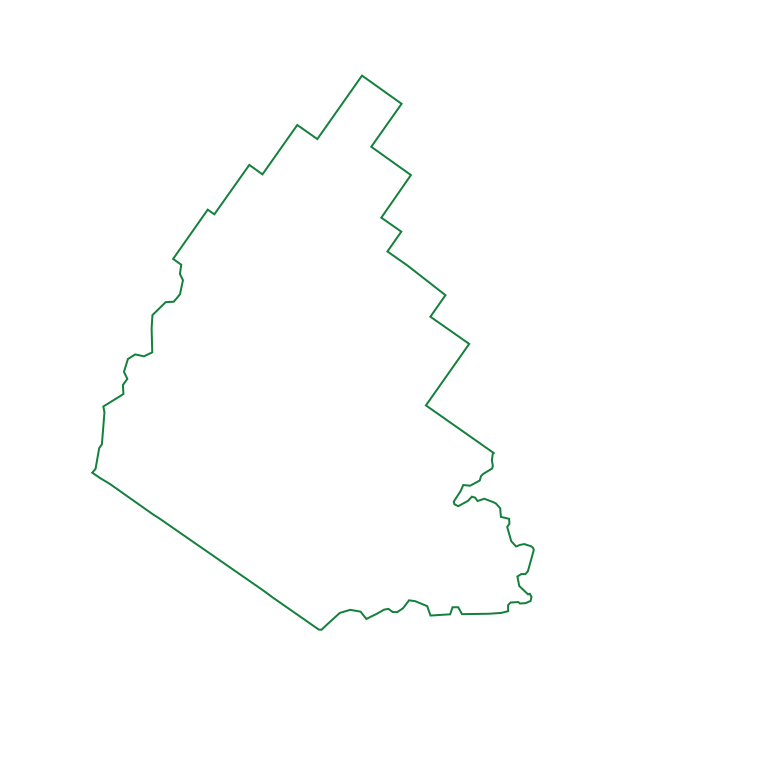 the district of Fremont, Idaho, United States of America, rotated 125°
{"feature_id": "52423323B19841424065600", "entity_name": "Fremont", "entity_type": "district", "adm_level": 2, "iso_a3": "USA", "parent_name": "United States of America", "parent_adm1": "Idaho", "projection": "equal_earth", "projection_center": [-111.419, 44.319], "detail": "fine", "context": "isolated", "style": "outline", "palette": "green", "viewbox_px": 768, "rotation_deg": 125, "n_neighbors": 0, "source": "geoboundaries", "source_scale": "gbopen_adm2", "svg_char_len": 1678}
<svg xmlns="http://www.w3.org/2000/svg" viewBox="0 0 768 768"><g transform="rotate(125 384 384)"><path d="M377.6,254.5L377.5,337.4L302.3,337.2L302.3,384.6L276.0,384.6L273.5,432.7L273.5,457.2L249.3,457.2L249.3,481.6L197.4,481.8L197.0,530.5L144.4,530.3L144.0,578.9L221.6,579.1L221.6,603.6L282.0,603.8L281.8,620.0L342.3,620.3L342.3,628.4L402.5,628.5L402.6,618.5L410.9,614.3L414.3,608.2L427.5,602.6L437.2,603.4L442.2,609.8L460.4,613.2L471.8,606.2L491.0,592.0L499.0,596.5L502.5,604.8L510.4,608.1L523.2,604.0L527.0,597.2L534.5,597.3L541.7,591.7L563.4,601.0L567.6,596.7L595.2,580.5L599.9,580.5L619.0,571.6L624.0,572.1L623.9,562.8L623.1,551.5L623.2,528.8L623.2,528.5L623.2,527.4L623.3,498.2L623.0,492.5L622.4,364.1L622.7,352.2L622.6,318.0L622.6,316.8L622.6,296.6L621.1,294.2L614.5,292.9L596.9,288.9L588.4,282.2L583.9,272.6L586.6,263.7L576.8,258.3L568.8,254.5L565.7,251.4L565.8,246.1L563.2,242.3L556.9,239.8L546.8,239.4L544.0,233.8L541.2,221.2L547.0,213.1L534.7,197.7L527.6,199.8L524.3,195.1L527.8,188.1L511.9,166.1L504.2,156.6L498.9,152.0L494.0,155.5L490.3,154.9L485.6,148.9L485.8,146.7L482.2,142.2L481.1,141.6L477.7,139.5L473.9,141.0L472.2,144.2L473.7,145.4L471.9,157.3L465.2,164.3L460.9,162.5L458.6,159.1L454.6,158.8L436.3,165.3L434.3,166.0L432.8,167.6L432.5,170.2L434.7,177.3L437.7,180.2L441.3,182.6L439.8,189.6L430.4,201.1L426.5,201.1L422.7,204.2L425.8,212.0L419.1,217.6L417.7,223.8L418.1,226.8L420.5,236.1L426.2,240.2L424.8,244.1L425.9,247.4L431.6,248.2L441.5,253.1L442.1,257.3L440.4,259.4L427.9,259.8L421.3,261.1L417.9,255.1L408.1,250.2L403.8,251.7L401.1,251.3L391.3,247.0L388.7,247.8L384.6,251.9L378.9,254.8L377.6,254.5Z" fill="none" stroke="#15803d" stroke-width="2"/></g></svg>